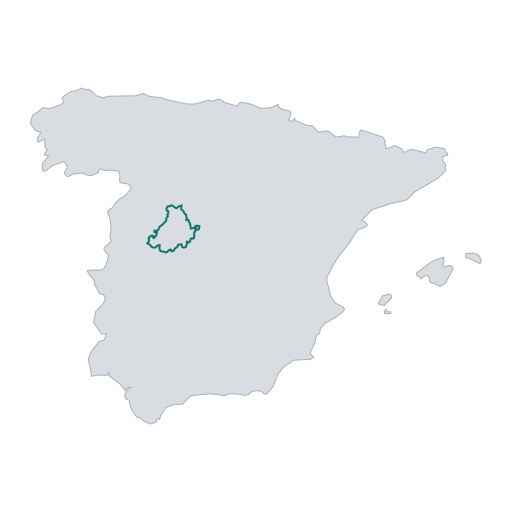 Spain, with Ávila highlighted
{"feature_id": "ESP-5806", "entity_name": "Ávila", "entity_type": "Autonomous Community", "adm_level": 1, "iso_a3": "ESP", "parent_name": "Spain", "parent_adm1": "", "projection": "mercator", "projection_center": [-4.824, 40.625], "detail": "fine", "context": "in_parent", "style": "outline", "palette": "teal", "viewbox_px": 512, "rotation_deg": 0, "n_neighbors": 0, "source": "natural_earth", "source_scale": "10m", "svg_char_len": 6655}
<svg xmlns="http://www.w3.org/2000/svg" viewBox="0 0 512 512"><path d="M278.2,104.4L278.2,106.0L280.9,109.0L288.9,110.8L290.9,112.0L290.5,116.2L288.6,119.7L290.3,121.3L292.2,121.3L294.6,118.4L295.1,120.3L298.7,122.0L306.8,125.3L312.4,125.7L318.3,132.1L327.9,130.9L336.4,137.1L344.5,135.7L346.3,136.9L358.8,137.1L359.5,132.0L361.0,130.0L382.7,137.0L385.3,141.3L384.8,143.4L386.0,148.4L388.8,148.3L394.5,145.5L401.9,148.9L403.9,152.0L405.4,152.2L411.0,149.2L426.0,152.8L426.6,150.4L427.6,149.7L433.9,147.6L436.6,147.1L444.6,148.7L445.5,151.6L447.1,152.7L447.8,155.1L443.1,156.6L442.6,160.8L445.5,164.4L445.8,170.6L437.7,178.5L414.6,191.9L407.0,199.8L389.9,203.8L372.1,209.7L361.6,220.3L364.3,221.1L367.4,224.7L366.4,226.3L361.8,228.7L357.6,229.4L349.9,242.3L339.2,255.6L335.3,261.6L326.9,277.0L326.9,281.4L331.0,296.6L333.4,300.6L336.7,303.9L343.0,306.8L344.5,309.6L342.3,312.2L336.0,317.0L325.1,323.3L320.5,328.4L319.5,333.2L316.3,335.4L315.1,342.1L310.7,351.5L310.4,353.9L313.8,357.3L310.5,359.4L293.7,360.2L283.2,367.5L278.0,374.0L273.3,386.0L267.6,393.0L265.1,394.3L261.1,391.2L256.2,390.7L251.5,391.7L249.0,394.2L245.1,395.6L241.3,394.4L233.1,393.7L229.4,393.8L223.7,395.8L218.8,394.5L210.5,393.8L192.6,395.4L190.3,396.2L182.4,404.2L173.7,404.4L165.9,407.6L160.6,415.4L159.6,419.5L158.0,418.5L156.8,418.9L156.2,422.0L150.8,424.0L144.7,421.4L139.6,417.6L137.0,417.3L132.6,411.3L130.8,407.5L129.5,403.3L129.4,400.4L125.5,398.8L124.6,395.0L127.4,390.0L131.1,387.3L127.6,387.5L125.1,390.7L121.9,385.6L108.9,375.6L109.6,372.1L107.4,374.7L105.9,375.4L99.2,375.0L91.6,376.2L88.3,359.2L90.3,353.2L98.9,341.5L104.3,339.9L106.5,333.8L101.5,334.1L93.6,322.4L95.7,311.5L103.5,303.3L104.8,299.9L105.1,296.9L103.6,294.7L99.3,293.5L94.9,284.8L93.9,279.3L90.3,276.3L87.2,270.9L90.0,270.0L101.1,270.0L103.8,268.6L105.9,264.9L108.0,258.9L108.5,255.3L104.1,250.0L104.0,248.9L104.6,247.1L111.4,241.3L110.0,236.9L111.1,227.7L110.5,222.3L109.8,217.8L107.4,212.1L109.0,209.7L112.5,207.7L115.4,203.0L119.5,199.1L124.9,195.9L131.2,188.9L130.2,185.8L128.1,184.0L120.3,182.7L119.7,181.3L119.8,173.7L117.7,170.7L114.9,171.0L110.6,169.7L109.5,170.5L104.0,170.3L100.2,168.9L98.6,170.1L98.1,172.8L91.6,175.5L88.0,175.4L82.0,173.1L75.2,173.9L74.4,173.3L68.7,176.4L66.7,176.5L64.3,172.7L67.5,167.3L64.7,162.1L63.0,161.9L52.2,165.7L46.0,170.7L43.5,171.4L42.6,170.5L42.3,163.4L48.8,155.8L44.7,155.3L44.9,153.1L47.5,149.6L44.8,147.0L44.8,139.3L39.0,141.8L37.5,141.4L37.4,138.3L41.0,132.1L37.2,131.4L34.3,129.1L30.7,124.0L30.7,121.4L32.6,115.1L37.7,112.1L42.8,107.7L49.7,108.6L60.0,104.9L63.5,102.9L63.4,100.3L62.2,98.3L63.3,96.5L71.6,91.2L76.7,90.7L81.8,88.0L85.3,89.7L88.3,89.1L91.8,91.2L96.3,95.8L103.0,97.7L108.4,96.2L135.6,95.8L143.4,93.5L149.4,96.4L161.1,97.7L168.1,100.1L187.4,104.0L194.4,104.1L208.5,100.2L212.3,101.2L217.9,99.3L220.6,99.7L224.2,102.4L236.5,106.0L239.8,102.9L242.2,102.2L251.1,104.2L260.1,108.0L264.8,108.3L271.6,107.3L278.2,104.4ZM442.4,265.3L445.6,266.7L448.9,265.4L450.7,265.9L452.5,266.6L452.9,269.3L445.7,282.7L440.0,286.4L434.2,283.5L430.9,282.8L429.9,281.7L429.1,277.4L427.6,276.0L425.4,275.4L420.9,278.8L419.6,276.5L417.4,276.1L416.6,274.7L416.6,273.0L430.4,262.5L434.4,260.2L442.8,257.5L444.1,257.9L443.0,259.5L444.2,261.0L442.4,265.3ZM481.3,259.8L480.0,263.6L469.7,258.6L466.4,258.0L465.6,257.2L465.9,253.5L472.8,252.9L478.3,254.8L481.3,259.8ZM385.9,302.8L384.7,305.4L379.6,304.5L378.5,303.4L379.6,300.4L381.0,300.1L381.1,298.0L382.6,295.8L389.8,294.1L391.4,295.6L391.8,297.6L387.5,302.2L385.9,302.8ZM390.8,313.3L390.0,313.9L384.5,313.3L384.4,311.6L385.6,309.2L387.6,311.6L390.8,312.0L390.8,313.3Z" fill="#d9dde1" stroke="#a8b0b8" stroke-width="1"/><path d="M183.5,247.6L183.1,247.5L182.5,247.2L182.2,247.0L182.1,246.8L182.0,246.5L181.8,245.4L181.7,245.1L181.7,244.8L181.7,244.5L181.5,244.2L181.2,244.2L180.4,244.4L178.9,244.7L178.2,244.7L178.0,244.9L177.8,245.5L177.8,245.8L177.7,246.2L177.3,246.7L176.8,247.2L176.0,247.7L175.7,248.0L175.1,248.3L174.8,248.6L174.5,249.2L174.4,249.5L174.3,249.8L174.1,250.1L173.9,250.4L173.2,250.9L172.7,251.1L171.9,251.3L171.5,251.1L171.3,250.9L171.1,249.7L170.8,249.5L170.5,249.5L169.6,249.8L169.2,250.0L168.7,250.5L167.2,251.8L166.9,252.1L166.5,252.2L166.0,252.3L165.2,252.3L164.8,252.0L163.9,251.6L160.6,251.2L160.1,250.2L159.9,249.9L159.8,249.6L159.5,249.0L159.4,247.1L159.5,246.8L159.5,246.4L159.9,245.5L159.9,245.3L159.8,245.1L159.1,245.1L157.5,245.6L156.3,246.6L156.1,246.9L155.7,247.3L155.4,247.5L155.1,247.5L154.9,247.6L153.6,247.6L152.3,247.2L151.5,246.7L150.7,245.6L149.7,244.6L148.7,244.0L147.4,243.4L148.9,241.1L149.1,240.6L149.1,240.0L149.0,239.4L148.5,238.6L148.5,238.2L148.7,237.7L151.0,235.8L151.9,235.6L152.3,235.6L152.4,235.9L152.5,236.7L153.3,237.6L153.8,238.0L154.3,238.0L154.6,237.5L154.4,236.4L155.6,236.2L156.0,235.8L156.3,235.3L157.0,232.3L154.5,232.3L154.4,230.8L154.5,230.8L156.7,230.6L157.8,230.1L158.7,229.2L159.5,226.8L163.4,223.9L164.3,222.5L165.6,221.6L166.2,220.5L166.3,220.0L166.2,218.3L167.9,216.2L167.3,214.5L168.1,213.6L168.3,213.1L168.4,212.4L168.2,211.6L168.1,211.2L167.9,210.9L167.6,210.8L167.0,210.7L166.7,210.5L166.7,210.3L166.5,208.8L166.7,208.1L167.4,206.7L168.0,206.3L168.4,206.1L169.6,206.4L170.9,205.5L171.6,205.4L172.4,205.6L175.4,207.8L176.3,208.2L177.0,207.9L178.4,206.5L181.5,205.6L181.1,208.5L181.5,209.5L183.4,211.2L183.8,211.8L184.5,213.5L184.8,213.9L185.2,214.2L185.7,214.4L185.9,214.5L186.1,214.8L186.2,216.3L186.7,217.9L186.6,218.5L186.1,219.5L186.2,219.9L186.6,220.2L187.8,219.8L188.3,219.9L188.6,220.2L188.7,220.6L188.8,221.4L189.0,222.0L189.7,222.9L190.0,223.4L190.9,228.6L193.4,228.0L194.1,227.5L196.2,227.3L195.6,226.0L196.1,225.7L196.6,225.6L198.6,225.9L199.4,226.2L199.2,227.1L199.2,227.4L199.1,228.1L199.1,228.7L199.0,229.0L198.7,229.3L198.3,229.5L198.0,229.6L197.4,229.8L196.8,229.9L196.5,229.9L196.2,229.7L195.9,229.5L195.7,229.0L195.5,228.8L195.3,228.9L195.2,229.1L195.2,229.5L195.3,229.8L195.3,230.1L195.4,230.4L195.3,230.7L195.2,231.2L195.1,231.4L195.1,231.5L194.9,231.7L194.7,231.8L194.4,232.1L194.2,232.5L194.2,232.9L194.2,233.3L194.2,234.0L194.3,234.2L194.3,234.4L194.2,234.7L194.2,235.2L194.3,235.5L194.3,235.8L194.3,236.1L194.1,236.4L193.9,237.4L194.0,238.0L193.7,238.4L192.7,238.5L192.3,238.6L192.1,238.5L191.7,238.4L191.3,238.4L191.1,238.5L190.9,238.7L190.6,239.0L190.5,239.3L190.3,240.0L190.3,240.6L190.2,241.0L189.8,241.6L189.6,242.0L189.2,242.3L188.9,242.4L188.3,242.4L188.1,242.4L187.9,242.2L187.6,241.6L187.3,241.5L187.1,241.5L186.9,241.7L186.9,242.1L187.0,242.4L187.1,243.0L187.2,243.3L187.1,243.6L186.9,243.9L186.5,244.8L186.2,246.2L185.8,247.0L184.8,247.4L184.0,247.6L183.5,247.6Z" fill="none" stroke="#0f766e" stroke-width="2"/></svg>